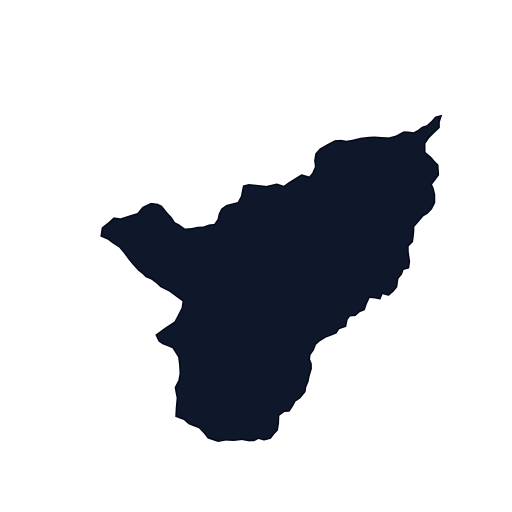 Pedranópolis, São Paulo, Brazil (Mercator projection), rotated 17°
{"feature_id": "56859067B55609177592280", "entity_name": "Pedranópolis", "entity_type": "district", "adm_level": 2, "iso_a3": "BRA", "parent_name": "Brazil", "parent_adm1": "São Paulo", "projection": "mercator", "projection_center": [-50.105, -20.203], "detail": "fine", "context": "isolated", "style": "filled", "palette": "ink", "viewbox_px": 512, "rotation_deg": 17, "n_neighbors": 0, "source": "geoboundaries", "source_scale": "gbopen_adm2", "svg_char_len": 2279}
<svg xmlns="http://www.w3.org/2000/svg" viewBox="0 0 512 512"><g transform="rotate(17 256 256)"><path d="M392.0,67.8L387.2,70.8L385.1,75.6L381.6,81.5L377.5,84.3L374.6,88.5L370.8,92.3L366.2,93.0L361.3,94.2L354.7,100.7L348.7,104.4L342.0,106.1L334.2,107.9L328.9,109.9L322.0,112.9L314.4,117.4L308.9,120.1L303.8,120.7L298.0,122.8L292.2,128.5L286.1,135.0L283.5,140.8L284.4,147.5L287.0,153.3L286.2,160.3L284.2,165.1L276.0,165.2L266.2,176.4L262.5,181.4L254.9,181.3L245.8,186.6L233.7,188.9L228.3,190.0L223.7,192.8L224.8,203.3L223.4,210.2L213.2,216.4L209.6,221.2L208.7,226.7L209.2,231.9L207.3,238.1L202.4,240.1L197.3,243.9L191.9,245.8L186.5,248.8L180.0,251.3L172.7,248.8L168.3,248.1L163.6,244.1L159.1,241.6L150.9,236.1L146.5,235.5L140.3,236.6L133.7,242.6L130.6,250.1L123.9,254.6L115.7,260.3L109.1,261.3L105.4,267.6L100.9,274.0L102.1,282.2L109.6,283.0L115.7,285.2L122.9,287.2L128.8,291.0L135.8,296.2L141.4,299.9L148.2,303.9L152.8,305.6L156.8,307.8L162.8,308.4L168.5,310.4L174.1,313.1L183.4,314.6L199.6,320.3L200.7,327.4L198.9,337.5L197.9,342.7L190.5,351.7L183.7,360.7L188.2,365.6L192.5,367.0L203.3,367.9L207.7,371.6L211.7,375.1L215.0,382.4L218.0,390.7L218.8,397.5L217.4,405.3L219.5,409.5L222.3,414.7L224.3,424.3L226.4,432.7L235.1,433.2L241.0,435.9L247.5,436.4L252.0,436.7L258.5,440.4L263.4,443.9L273.9,444.2L280.7,440.7L288.6,438.7L296.1,435.4L303.2,434.6L308.0,433.0L311.6,429.5L317.4,429.4L323.0,426.0L324.8,421.0L327.2,416.2L326.2,409.3L324.2,401.8L328.3,396.3L332.9,394.5L334.7,388.3L335.6,383.4L339.3,378.9L342.4,371.4L341.7,366.9L342.3,360.8L341.7,355.0L341.7,347.7L340.2,343.0L337.2,339.3L336.3,334.7L338.2,329.0L338.6,323.1L341.2,318.8L346.1,313.1L350.3,309.9L355.0,306.1L356.4,301.2L362.2,297.0L361.5,290.2L363.0,285.7L368.1,283.8L371.1,278.9L375.1,275.7L375.3,269.5L376.3,262.3L381.9,261.1L387.0,260.6L387.5,254.8L394.1,254.6L397.3,249.6L399.4,244.4L398.1,236.1L400.3,230.7L400.5,225.7L405.3,222.7L404.3,216.4L400.2,207.7L398.4,202.1L401.3,196.5L400.3,190.5L399.4,186.1L398.1,181.8L400.1,177.3L403.9,168.6L407.1,165.2L409.9,159.7L411.1,152.8L408.8,145.2L405.5,139.6L402.6,136.3L404.8,130.4L406.7,125.1L403.2,115.9L399.0,113.7L394.1,110.6L387.2,107.7L384.4,99.0L386.5,92.3L389.8,86.1L393.5,79.6L391.9,74.3L392.0,67.8Z" fill="#0f172a" stroke="#020617" stroke-width="1.5"/></g></svg>